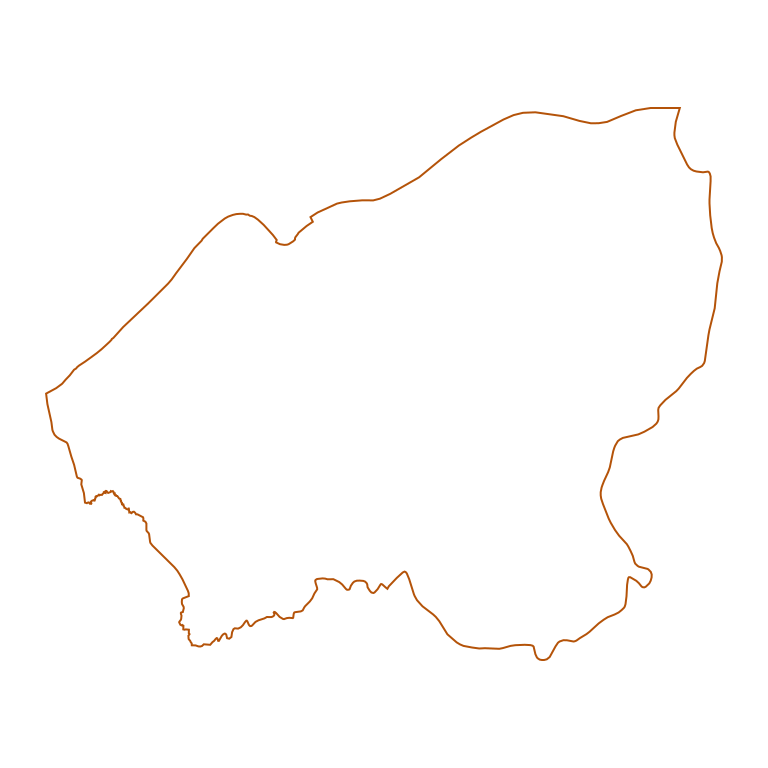 Sawang Wirawong, Ubon Ratchathani, Thailand
{"feature_id": "78962969B62238671099261", "entity_name": "Sawang Wirawong", "entity_type": "district", "adm_level": 2, "iso_a3": "THA", "parent_name": "Thailand", "parent_adm1": "Ubon Ratchathani", "projection": "equal_earth", "projection_center": [105.01, 15.236], "detail": "fine", "context": "isolated", "style": "outline", "palette": "amber", "viewbox_px": 768, "rotation_deg": 0, "n_neighbors": 0, "source": "geoboundaries", "source_scale": "gbopen_adm2", "svg_char_len": 6071}
<svg xmlns="http://www.w3.org/2000/svg" viewBox="0 0 768 768"><path d="M310.5,217.1L312.8,221.8L306.6,226.0L298.6,232.7L297.8,234.1L295.4,237.2L295.0,238.3L295.0,239.6L293.2,241.3L288.6,244.2L287.0,244.7L284.3,244.9L280.0,244.2L276.1,242.4L276.0,242.0L276.7,240.0L272.9,235.0L263.7,224.9L258.0,219.7L254.4,217.1L251.8,216.0L249.8,215.7L248.0,214.5L246.1,214.6L243.0,213.8L240.0,213.8L236.3,214.1L232.9,214.9L228.2,216.6L224.8,218.5L218.0,223.7L213.2,228.3L202.7,238.8L201.6,240.7L194.4,248.1L186.8,259.0L176.1,273.2L171.7,279.4L168.0,283.7L148.4,303.2L123.2,327.0L113.3,338.0L111.8,339.0L111.5,339.8L109.6,341.8L101.9,348.9L96.8,353.1L85.1,361.6L79.0,365.6L77.1,367.2L76.1,368.5L74.1,369.7L69.8,375.3L65.5,379.8L62.2,383.7L56.1,388.2L46.1,393.6L47.4,404.1L51.4,422.1L52.4,429.9L52.9,431.4L54.5,434.7L56.6,436.9L59.0,438.6L66.5,442.4L67.5,443.7L68.3,446.0L71.3,456.5L74.1,464.8L76.9,476.7L77.6,477.8L80.1,478.6L81.4,479.5L81.8,480.1L81.3,484.4L83.9,493.1L85.0,502.6L86.9,503.2L87.5,502.7L88.8,502.4L89.8,503.6L90.4,503.3L90.8,503.8L91.2,503.8L91.4,503.3L90.9,502.2L91.0,501.6L91.8,500.8L93.8,500.0L94.2,499.9L94.3,500.6L94.6,500.6L95.1,499.3L95.1,498.5L95.5,498.0L95.5,496.8L95.8,496.4L96.5,496.6L96.8,496.0L97.6,495.9L98.9,494.7L99.5,495.3L100.2,494.9L102.0,494.9L102.6,493.9L103.6,493.2L103.8,492.1L104.2,492.0L105.0,492.9L105.4,493.0L105.2,491.4L105.8,490.9L106.5,491.0L107.6,492.6L108.2,492.9L110.6,492.0L110.9,491.1L111.6,491.4L112.8,491.1L113.0,491.7L113.6,492.0L113.8,493.1L114.8,493.3L114.8,493.7L114.4,493.9L114.3,494.3L115.1,495.3L116.0,495.2L116.3,496.0L117.3,496.0L119.1,498.5L120.3,498.9L120.3,499.8L121.0,500.4L120.9,501.5L121.3,501.8L121.5,502.7L122.0,502.9L122.0,504.4L122.5,504.7L123.2,504.3L123.4,504.4L123.6,505.9L124.1,506.3L124.4,507.8L125.5,508.0L126.2,508.9L128.1,509.6L128.4,509.5L128.6,508.5L128.8,508.5L129.3,512.5L130.5,512.2L131.0,513.0L131.4,513.2L132.8,511.9L133.9,511.7L135.2,512.8L136.0,514.3L137.4,514.3L143.1,517.3L143.4,518.8L143.3,520.6L145.4,521.7L146.4,523.5L146.4,530.1L146.7,531.0L148.7,533.2L149.1,534.2L150.1,541.9L150.4,542.9L152.5,545.6L174.3,567.1L177.3,570.7L179.6,574.3L182.5,579.4L187.9,590.8L188.7,593.2L188.8,596.1L183.1,598.3L182.5,598.7L182.0,599.4L181.8,601.9L182.0,604.0L183.6,606.8L183.8,608.2L182.8,612.1L181.3,612.4L180.9,612.8L180.9,613.9L181.5,615.6L181.2,618.7L180.9,619.7L179.3,621.8L179.2,622.4L180.4,624.8L181.9,625.5L182.3,625.0L183.4,625.7L183.3,629.4L184.6,629.7L185.8,629.4L188.9,629.7L188.8,633.2L189.4,633.8L189.5,634.3L188.4,635.7L188.6,638.7L188.8,639.3L190.1,640.7L190.6,641.9L191.7,643.4L191.8,645.3L195.6,645.4L198.4,646.4L200.3,646.5L202.0,646.0L203.8,644.3L210.2,644.8L212.5,642.1L214.1,640.9L215.6,639.0L216.6,638.1L217.3,638.3L218.2,640.9L218.9,640.9L221.7,636.0L223.0,634.5L224.5,633.6L225.3,633.7L226.2,634.5L227.1,638.2L229.2,638.7L231.4,637.0L232.1,632.2L233.5,629.1L234.8,628.3L238.1,628.6L240.8,627.3L242.9,625.2L245.0,622.1L246.3,620.7L246.8,620.7L247.4,621.4L248.8,624.7L249.6,625.7L250.2,626.1L251.3,626.0L252.0,625.6L255.5,621.9L258.5,620.3L264.4,618.4L266.9,617.0L271.1,617.1L272.5,616.7L273.7,615.9L274.3,615.0L274.4,614.0L273.7,612.6L274.2,611.9L275.0,612.1L276.3,613.2L279.6,616.9L282.9,618.9L284.0,619.1L286.8,618.1L289.2,617.8L292.8,618.1L293.2,617.7L293.7,613.9L294.2,612.6L295.0,612.2L300.8,611.4L302.7,610.4L304.2,607.5L305.2,606.1L309.8,601.5L312.2,598.3L314.4,593.5L317.2,589.3L317.1,587.8L315.6,583.0L315.2,580.9L315.6,579.9L317.1,579.0L322.6,578.4L325.1,578.6L327.6,579.3L333.4,579.2L339.3,582.1L342.2,584.5L346.0,589.0L346.9,589.7L347.8,589.8L349.0,589.6L349.6,589.2L350.9,585.7L352.9,582.8L354.4,581.5L356.8,580.7L359.7,580.6L363.3,580.9L365.1,581.6L366.6,583.1L367.2,584.3L367.6,587.3L369.8,590.8L371.4,592.5L373.4,593.0L374.5,592.5L377.6,589.2L380.4,584.7L381.1,584.0L382.3,584.4L385.6,587.4L387.4,588.8L388.8,586.3L396.8,577.9L402.7,572.5L404.5,571.6L405.6,572.0L406.8,573.4L409.2,579.2L413.9,594.2L414.7,596.1L417.0,600.2L422.5,606.3L433.1,614.4L435.8,616.9L439.3,621.2L447.4,634.3L456.7,642.4L460.0,644.4L463.5,645.9L472.0,647.5L479.3,648.5L484.9,648.2L499.3,648.8L502.8,648.1L510.5,645.9L515.2,645.2L524.7,644.8L530.4,645.1L532.6,645.7L533.6,646.6L535.4,654.2L536.9,657.4L537.7,658.3L539.7,659.6L541.9,660.0L544.1,660.0L546.8,659.3L549.7,657.0L555.5,646.4L558.0,642.7L559.6,641.5L563.4,640.2L567.1,640.3L573.5,641.5L574.7,641.3L576.4,640.6L579.9,638.1L586.5,634.1L589.5,631.8L598.7,623.4L603.7,619.7L607.7,617.2L614.6,614.5L618.6,612.5L621.6,610.1L623.9,607.9L624.7,606.7L625.5,604.2L626.5,596.3L627.1,584.8L627.9,579.5L628.4,577.8L628.9,577.2L630.2,577.2L636.3,580.8L638.9,583.2L641.4,586.3L642.4,587.1L644.2,587.4L645.7,586.8L649.3,583.4L650.7,580.7L651.6,577.4L651.7,574.5L650.8,571.9L648.4,569.4L647.5,568.9L638.9,566.7L637.6,565.9L635.2,563.6L634.4,561.7L632.8,555.9L630.6,551.0L628.3,546.5L626.8,544.1L619.1,535.7L615.0,530.0L610.7,522.7L608.7,518.6L603.0,504.1L601.2,498.7L600.7,495.4L600.7,492.1L601.6,487.5L602.5,484.9L604.1,480.8L608.1,472.2L609.8,467.4L613.2,451.3L614.3,447.8L615.2,445.6L617.8,441.2L619.9,439.5L622.9,437.9L638.3,434.4L644.4,431.7L652.6,427.0L656.4,423.6L657.7,421.6L658.4,419.4L658.5,416.3L658.2,410.0L658.6,407.8L660.2,405.4L665.4,399.9L676.3,391.1L678.7,388.6L687.0,377.8L690.8,373.8L693.9,370.9L696.9,368.6L700.3,367.0L702.2,365.8L704.1,363.1L704.8,361.0L708.4,335.4L709.5,329.4L714.7,308.3L717.3,283.3L719.5,271.4L721.8,261.7L721.9,257.2L721.6,255.3L720.2,251.0L718.9,248.0L716.2,243.2L714.0,237.5L712.7,233.0L711.7,228.0L710.2,215.4L709.5,203.4L709.5,199.5L710.6,181.2L710.6,176.4L709.8,173.5L708.9,172.1L707.9,171.6L703.0,172.3L696.5,171.5L693.6,170.7L690.9,169.2L689.0,167.4L687.1,164.5L677.3,144.6L674.8,138.1L674.4,135.2L674.4,132.7L675.8,121.8L679.8,108.0L650.6,108.0L635.8,110.3L621.0,116.0L607.1,121.9L598.7,123.2L591.0,123.3L579.4,120.9L563.3,116.2L535.4,112.3L523.0,112.8L513.6,115.1L503.5,119.5L480.9,131.8L471.2,137.6L458.9,145.5L441.1,159.2L419.1,177.3L390.1,193.9L379.9,198.7L373.2,200.4L362.6,200.3L349.8,201.3L341.7,202.5L337.0,203.6L317.6,212.5L310.5,217.1Z" fill="none" stroke="#b45309" stroke-width="2"/></svg>